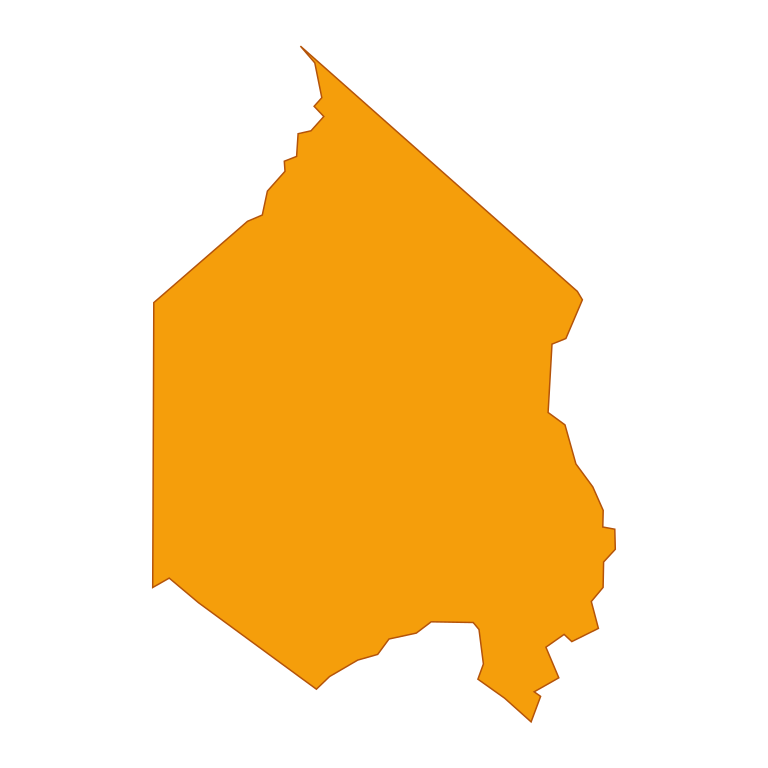 outline of Alpine, California, United States of America
{"feature_id": "52423323B67588574079428", "entity_name": "Alpine", "entity_type": "district", "adm_level": 2, "iso_a3": "USA", "parent_name": "United States of America", "parent_adm1": "California", "projection": "albers", "projection_center": [-119.752, 38.63], "detail": "fine", "context": "isolated", "style": "filled", "palette": "amber", "viewbox_px": 768, "rotation_deg": 0, "n_neighbors": 0, "source": "geoboundaries", "source_scale": "gbopen_adm2", "svg_char_len": 801}
<svg xmlns="http://www.w3.org/2000/svg" viewBox="0 0 768 768"><path d="M153.0,517.6L152.7,587.5L169.2,578.1L198.6,602.8L316.4,689.2L329.6,676.5L357.7,660.1L377.7,654.4L389.0,639.0L416.3,633.1L431.2,621.8L473.2,622.5L479.0,629.5L483.4,664.0L477.9,679.2L504.5,698.1L531.1,721.9L540.6,696.4L534.2,691.8L558.8,677.8L545.9,647.2L564.1,634.4L571.8,641.6L598.4,628.4L591.3,601.5L603.1,587.4L603.6,562.0L615.3,549.3L614.8,529.2L602.8,527.0L603.2,510.4L592.8,486.9L575.9,463.9L565.0,424.9L548.1,412.5L552.0,344.1L565.9,338.5L582.4,299.8L577.3,291.3L575.9,290.1L575.3,289.6L300.4,46.1L314.8,62.9L321.8,97.7L314.1,106.3L323.8,116.5L311.0,130.8L298.1,133.7L296.6,156.4L284.3,161.2L285.0,171.3L267.4,191.1L262.3,215.0L247.5,221.3L153.8,302.6L153.0,517.6Z" fill="#f59e0b" stroke="#b45309" stroke-width="1.5"/></svg>